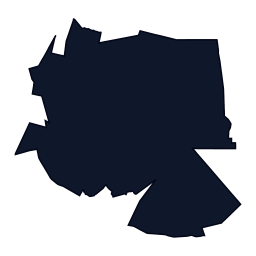 Aquiles Serdán, Chihuahua, Mexico
{"feature_id": "50627088B18240025112531", "entity_name": "Aquiles Serdán", "entity_type": "district", "adm_level": 2, "iso_a3": "MEX", "parent_name": "Mexico", "parent_adm1": "Chihuahua", "projection": "robinson", "projection_center": [-105.843, 28.58], "detail": "fine", "context": "isolated", "style": "filled", "palette": "ink", "viewbox_px": 256, "rotation_deg": 0, "n_neighbors": 0, "source": "geoboundaries", "source_scale": "gbopen_adm2", "svg_char_len": 4366}
<svg xmlns="http://www.w3.org/2000/svg" viewBox="0 0 256 256"><path d="M73.6,19.1L73.2,21.1L71.4,26.3L69.3,32.5L67.7,37.1L66.3,41.2L65.8,44.9L65.0,51.4L64.3,56.2L62.5,55.7L60.8,55.4L59.1,55.0L57.4,54.6L55.7,54.2L54.0,53.8L52.3,53.4L51.2,53.1L54.7,38.0L55.8,35.3L49.0,47.5L47.8,49.9L47.2,51.0L46.6,52.1L46.5,52.3L45.2,54.6L44.0,56.8L43.7,57.2L43.4,57.9L43.0,58.5L42.9,58.5L38.6,66.1L29.2,68.8L32.1,79.3L34.2,82.3L34.2,82.8L33.8,84.2L33.9,84.3L33.6,86.5L32.4,93.9L41.8,95.9L49.3,122.8L45.3,120.6L46.3,127.5L29.7,123.0L27.0,128.8L15.4,153.8L15.4,154.5L26.1,151.5L29.1,150.6L29.5,150.5L29.8,150.5L30.2,150.4L33.1,149.9L34.3,149.7L36.9,149.2L37.1,149.2L38.1,154.0L38.3,155.3L38.6,156.5L38.9,157.8L39.1,158.4L39.7,159.5L40.6,161.2L43.8,166.4L44.5,167.6L46.5,171.0L47.3,172.3L47.8,173.2L48.1,173.7L48.4,174.2L48.6,174.5L49.3,175.8L49.8,176.7L49.9,176.9L50.0,176.9L50.0,177.0L50.2,177.4L50.4,177.7L50.6,178.0L51.4,179.0L52.1,179.7L53.3,180.6L54.2,181.3L55.7,182.6L57.0,183.6L57.5,184.0L58.1,184.3L58.8,184.7L60.8,185.4L62.3,185.9L62.7,186.0L63.4,186.3L64.5,186.9L65.3,187.4L66.0,187.8L69.6,189.9L73.7,192.2L76.7,194.0L79.3,195.4L79.6,195.6L80.2,194.4L82.9,189.7L83.3,189.9L83.9,191.1L83.9,191.4L83.8,191.8L84.4,191.8L84.7,192.0L84.9,192.7L85.1,193.3L85.2,193.7L85.4,194.1L85.6,194.2L85.7,194.3L86.0,194.3L86.4,194.3L87.1,194.6L87.7,194.9L88.1,195.2L88.6,195.6L89.1,196.0L89.8,196.3L90.6,196.3L91.1,196.2L93.2,195.8L94.2,195.5L94.7,194.9L95.1,194.4L95.4,194.0L96.1,194.0L103.4,188.0L104.3,186.4L105.4,185.4L105.9,185.0L107.5,187.0L108.9,188.7L111.3,190.7L112.0,191.3L112.1,191.9L111.6,192.9L111.5,193.9L111.8,194.6L112.7,195.2L112.8,195.9L113.1,196.9L124.8,193.7L126.0,194.5L127.2,191.8L127.5,191.7L128.0,191.8L128.6,191.8L128.8,191.8L128.9,191.7L129.1,191.6L129.3,191.2L129.6,191.2L130.0,191.5L130.5,191.5L131.1,191.5L131.6,191.3L132.1,191.1L132.5,191.1L132.9,191.2L133.3,191.3L133.4,191.6L133.6,192.0L133.9,192.7L134.2,193.0L134.4,193.2L134.4,193.4L135.0,193.7L135.2,193.8L135.4,193.9L135.7,194.1L136.0,194.1L156.2,179.3L139.9,201.0L138.1,204.6L128.3,225.2L128.9,225.3L129.9,225.5L130.7,225.6L131.4,225.7L132.0,225.8L132.4,225.9L133.3,226.1L134.3,226.4L135.1,226.9L135.8,227.2L136.5,227.6L137.3,228.0L137.8,228.3L138.5,228.7L139.3,229.1L140.1,229.6L140.9,230.0L141.8,230.4L142.5,230.8L143.1,231.2L143.5,231.3L144.0,231.6L144.8,232.0L145.5,232.4L146.1,232.8L146.6,233.0L147.1,233.1L147.5,233.2L147.9,233.3L149.4,233.4L154.3,233.7L163.2,234.4L163.8,234.5L164.4,234.5L164.9,234.5L165.2,234.6L166.3,234.9L167.2,235.3L167.8,235.5L168.2,235.6L168.6,235.8L169.1,235.9L169.7,236.0L170.5,236.2L171.1,236.3L171.7,236.5L172.4,236.6L173.2,236.8L173.9,236.9L174.7,236.9L186.5,236.1L187.4,236.0L188.1,235.9L188.7,235.8L189.4,235.6L190.2,235.4L191.0,235.2L191.3,235.2L191.7,235.3L192.2,235.4L193.1,235.7L193.6,235.9L194.3,236.1L194.8,236.3L195.1,236.4L195.6,236.5L196.2,236.6L196.4,236.6L197.2,236.5L198.3,236.4L199.3,236.3L200.0,236.2L200.8,236.1L201.2,236.0L201.4,235.9L201.7,235.8L202.1,235.7L202.4,235.6L203.0,235.5L203.4,235.4L204.0,235.5L204.5,235.5L202.2,228.8L201.8,227.7L221.6,222.9L221.9,222.4L225.4,219.1L240.6,204.3L239.0,202.4L237.5,200.6L235.9,198.8L233.8,196.4L233.4,195.9L231.8,194.1L227.5,189.1L226.9,188.4L221.7,182.4L216.4,176.2L215.1,174.7L212.0,171.1L210.6,169.4L207.0,165.3L196.2,152.8L194.1,150.2L193.5,149.7L192.5,148.4L199.0,148.5L227.6,148.6L235.5,148.6L235.5,145.5L235.4,142.9L231.5,142.9L231.5,139.6L231.5,138.4L228.3,138.4L228.5,134.4L228.7,131.0L229.0,130.4L230.3,127.7L230.9,123.9L229.3,121.2L228.3,119.6L224.3,116.0L224.3,115.2L224.2,111.4L224.1,109.9L224.0,107.3L224.0,104.9L223.9,104.0L223.7,96.8L223.4,88.6L222.2,79.3L221.4,73.2L221.1,71.2L220.6,67.4L220.2,64.2L219.8,61.1L218.3,53.4L218.3,50.2L217.5,43.9L216.9,39.8L207.7,39.8L201.4,39.8L194.4,39.8L176.5,39.9L176.1,39.9L175.7,39.7L167.7,37.7L159.2,35.6L155.1,34.7L140.1,30.9L138.5,35.4L98.8,43.0L100.8,33.5L100.9,32.4L100.5,32.3L100.3,32.4L100.0,32.4L99.5,32.6L99.0,32.3L98.7,32.3L98.0,32.2L97.2,31.7L96.6,31.6L95.8,31.4L95.5,31.3L95.1,31.3L94.4,30.9L94.0,30.9L93.9,30.6L93.7,30.4L93.2,30.4L92.6,30.6L92.4,30.6L92.1,30.5L91.1,30.1L90.0,29.7L89.3,29.2L88.4,28.8L88.1,28.8L87.7,28.9L86.5,28.9L85.8,28.6L85.1,28.3L84.7,27.9L84.0,28.1L82.7,28.3L81.9,28.5L81.2,27.6L80.1,26.2L79.1,24.9L78.2,23.9L77.6,23.1L76.8,22.2L74.8,19.7L74.3,19.3L73.6,19.1Z" fill="#0f172a" stroke="#020617" stroke-width="1.5"/></svg>